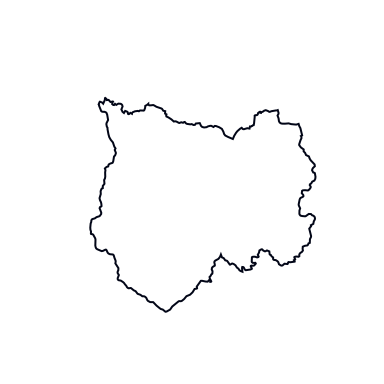 outline of Huu Lung, Lạng Sơn, Vietnam, rotated 303°
{"feature_id": "81297802B35079403712963", "entity_name": "Huu Lung", "entity_type": "district", "adm_level": 2, "iso_a3": "VNM", "parent_name": "Vietnam", "parent_adm1": "Lạng Sơn", "projection": "mercator", "projection_center": [106.335, 21.575], "detail": "fine", "context": "isolated", "style": "outline", "palette": "ink", "viewbox_px": 384, "rotation_deg": 303, "n_neighbors": 0, "source": "geoboundaries", "source_scale": "gbopen_adm2", "svg_char_len": 6043}
<svg xmlns="http://www.w3.org/2000/svg" viewBox="0 0 384 384"><g transform="rotate(303 192 192)"><path d="M110.3,124.2L106.7,126.1L105.0,127.4L103.9,128.8L102.0,129.9L101.8,130.3L102.4,131.5L102.4,132.4L100.4,136.1L99.5,137.0L94.4,140.1L93.2,141.3L92.5,142.4L92.4,143.7L93.2,148.4L94.0,149.3L96.5,150.8L96.8,151.3L96.7,151.9L95.2,154.3L94.9,155.5L95.1,157.0L96.5,159.7L96.3,160.8L94.5,162.9L92.8,165.3L91.9,166.0L90.4,166.6L88.1,171.7L86.3,172.8L84.9,173.0L84.1,173.3L83.3,174.1L82.8,175.4L82.5,175.9L79.3,176.6L78.5,177.1L78.1,177.8L78.1,178.6L78.9,180.5L78.9,183.1L78.7,184.5L78.0,186.2L77.6,187.8L76.8,189.3L76.6,190.3L76.8,191.4L78.0,192.7L78.2,193.3L77.8,196.7L78.1,198.7L77.0,201.8L77.7,204.8L77.5,207.1L78.4,208.5L78.6,209.9L78.3,211.3L77.0,213.4L76.7,214.4L76.9,216.9L78.5,219.5L77.4,224.1L76.9,228.6L76.9,229.6L77.5,231.5L77.1,234.9L77.9,235.8L81.5,237.7L85.2,237.8L93.0,240.3L93.5,240.7L94.4,242.2L95.2,242.8L98.0,243.7L101.6,244.1L104.8,246.3L108.2,247.1L112.1,247.0L113.6,248.6L114.0,248.7L115.3,247.5L122.3,247.8L123.0,248.8L124.3,252.1L125.1,253.6L125.4,254.0L127.4,254.3L127.7,254.7L127.6,255.6L126.6,256.3L127.0,256.8L127.4,256.9L127.7,256.6L129.1,254.1L130.3,253.0L131.7,253.3L133.5,253.1L134.4,253.5L134.9,253.4L136.8,252.3L137.7,250.8L139.1,250.1L140.3,250.1L142.7,251.2L143.6,250.6L145.3,248.9L146.2,248.7L147.2,248.9L150.3,250.6L153.0,250.8L155.3,250.3L153.5,252.7L153.8,254.6L152.8,257.1L153.3,258.5L153.3,259.2L151.7,263.2L151.9,263.6L153.9,264.6L154.3,266.1L154.2,268.4L153.1,270.8L153.0,272.6L152.2,274.5L152.2,276.0L152.6,277.7L155.4,275.4L156.5,275.0L156.9,275.7L156.9,276.5L155.7,278.6L155.7,279.7L158.8,283.2L160.0,284.0L160.5,283.8L161.5,281.9L162.1,281.6L162.6,281.9L163.3,283.2L164.0,284.0L166.0,284.5L166.8,284.4L167.1,283.7L165.7,281.6L165.8,280.4L166.3,279.9L169.9,277.8L170.5,278.0L171.5,279.2L172.1,280.3L172.6,282.2L173.6,283.1L174.2,283.0L175.1,281.4L177.7,281.2L179.7,280.4L181.7,281.4L182.1,282.1L181.7,283.7L181.9,285.4L182.3,285.9L183.8,286.7L184.3,289.2L182.1,291.0L181.9,291.9L182.1,292.4L181.4,293.8L181.3,295.7L180.0,296.5L179.7,297.0L179.7,297.8L180.5,299.3L180.5,301.4L180.2,302.5L178.8,304.3L178.8,306.4L179.1,307.3L179.7,307.9L182.2,308.6L183.6,311.3L184.0,311.4L185.3,311.0L185.8,311.1L186.7,312.8L189.5,316.0L190.0,315.8L190.4,314.6L191.8,315.1L192.8,313.5L193.2,313.3L194.0,313.8L194.9,314.9L195.6,316.5L196.5,317.0L197.9,316.1L199.0,315.9L200.0,316.1L201.6,316.8L203.3,316.9L204.6,315.7L206.5,314.7L208.3,315.9L210.0,317.8L210.9,318.0L212.4,317.7L213.5,318.5L216.7,316.6L219.1,316.3L219.9,315.9L225.1,310.3L228.2,310.5L228.9,309.8L231.3,311.1L233.8,310.1L235.7,310.0L236.6,309.7L237.7,308.7L238.1,307.8L238.2,306.6L237.9,305.4L238.3,303.8L237.2,301.9L233.8,300.6L233.2,300.1L231.8,297.4L231.3,295.9L231.6,294.8L232.1,294.0L235.0,292.2L237.2,291.6L238.8,289.0L239.7,288.2L244.3,286.4L245.3,286.2L246.2,286.3L248.3,287.6L249.3,287.7L250.1,286.9L250.8,284.7L253.0,283.7L253.8,284.1L255.1,285.8L256.4,288.4L258.0,289.0L259.9,289.1L260.8,288.9L261.3,288.4L261.7,287.2L262.6,286.7L264.2,287.3L266.2,287.2L268.2,288.4L270.2,288.2L272.0,287.3L274.7,284.8L274.8,284.3L274.4,283.1L275.6,280.9L276.6,280.5L278.1,280.4L280.5,281.0L281.9,279.8L283.2,274.4L284.1,272.5L285.5,270.7L285.1,267.5L286.4,265.6L286.9,263.5L288.5,262.5L288.7,259.0L289.7,256.4L290.4,255.9L294.5,254.8L296.7,254.5L298.1,253.5L298.3,252.9L299.5,253.5L304.6,248.1L305.6,246.2L307.2,244.3L305.6,243.0L304.8,241.8L302.9,238.1L302.2,235.7L299.8,232.6L298.4,230.3L298.0,229.2L298.0,227.7L298.8,226.3L300.9,224.5L302.7,222.1L304.5,222.0L305.4,221.6L307.4,219.3L306.8,218.9L305.7,217.5L303.0,214.6L301.6,213.6L301.3,213.1L301.3,211.6L300.8,209.3L299.6,208.3L297.8,207.6L296.6,206.6L295.9,206.8L295.7,206.3L296.4,206.0L296.5,205.6L296.0,205.0L294.1,204.4L293.2,204.8L292.3,204.8L291.7,204.4L290.9,203.3L290.4,203.0L290.0,203.0L289.3,203.6L283.1,206.8L281.7,207.3L281.3,206.8L280.3,206.6L279.9,206.1L279.1,205.9L278.5,204.9L276.5,205.7L275.6,203.6L273.0,201.4L272.6,200.7L272.5,200.2L272.9,198.7L271.3,197.9L267.7,196.9L265.6,196.7L262.1,196.8L258.7,197.4L257.8,192.2L257.5,189.1L258.1,187.4L259.7,185.4L261.2,182.7L261.1,179.5L260.4,176.2L259.8,175.1L258.2,174.6L258.0,172.2L257.4,171.2L255.8,169.7L254.3,168.9L252.7,167.0L252.1,165.1L252.4,163.5L254.0,161.0L251.5,157.9L250.0,157.9L249.4,157.3L249.0,156.7L248.8,154.8L247.8,153.7L246.4,150.7L246.3,149.4L246.8,147.8L246.5,147.4L245.2,146.8L244.6,145.0L243.0,143.8L242.8,143.2L242.6,140.6L242.1,139.3L241.2,138.4L241.7,135.2L241.7,131.7L241.4,129.4L241.9,128.8L243.2,128.3L243.1,126.7L245.2,125.5L244.5,123.7L245.4,121.6L245.4,120.9L244.1,115.8L244.0,113.2L243.8,112.1L242.2,110.2L241.4,108.9L241.5,107.7L242.1,107.3L240.6,106.9L238.8,105.9L236.9,106.9L234.6,107.4L234.0,107.2L232.1,104.0L230.8,103.5L230.5,102.4L228.6,100.2L226.5,98.8L225.5,98.7L224.9,99.0L224.8,97.2L223.2,96.8L222.8,96.5L222.7,95.7L223.6,95.0L224.0,94.3L224.0,93.4L223.6,91.8L221.2,91.9L221.4,90.1L222.8,87.8L225.9,87.2L226.9,86.1L227.2,85.0L227.1,84.1L226.0,82.1L223.8,81.0L224.0,79.4L222.5,79.3L222.1,78.6L222.3,77.1L223.6,76.6L224.8,76.5L224.8,76.3L223.1,74.6L223.8,71.9L222.7,70.5L223.5,69.5L223.6,68.0L223.3,67.9L222.3,68.5L221.1,68.9L217.7,69.4L218.1,67.9L217.6,65.6L216.9,65.5L214.6,66.0L214.4,66.7L213.8,67.0L210.4,71.8L210.4,73.0L211.6,74.9L211.9,76.3L211.7,77.3L210.6,78.8L206.7,82.4L203.3,82.8L202.3,83.2L200.4,85.0L199.9,86.1L198.6,87.0L194.9,90.5L192.9,92.8L191.5,95.5L190.5,98.7L187.7,102.2L186.9,104.1L185.2,104.3L183.5,106.7L182.9,107.1L180.7,107.6L179.8,107.3L179.2,107.3L174.9,109.2L173.4,109.5L172.8,109.2L171.4,108.0L170.1,107.3L169.4,107.2L167.8,107.8L166.5,106.7L164.3,106.1L163.2,107.5L161.1,108.5L157.6,110.9L156.0,111.6L154.2,111.8L151.2,114.1L148.5,113.9L146.6,115.1L145.6,114.4L143.7,114.7L142.8,115.0L140.6,116.6L136.5,117.8L135.1,119.2L133.8,121.3L132.6,122.5L130.9,123.8L130.3,123.7L129.3,123.1L128.1,123.3L125.3,127.1L124.1,127.8L121.8,127.7L121.1,127.4L118.9,125.6L117.0,124.9L114.9,123.1L113.5,123.0L112.0,123.8L110.3,124.2Z" fill="none" stroke="#020617" stroke-width="2"/></g></svg>